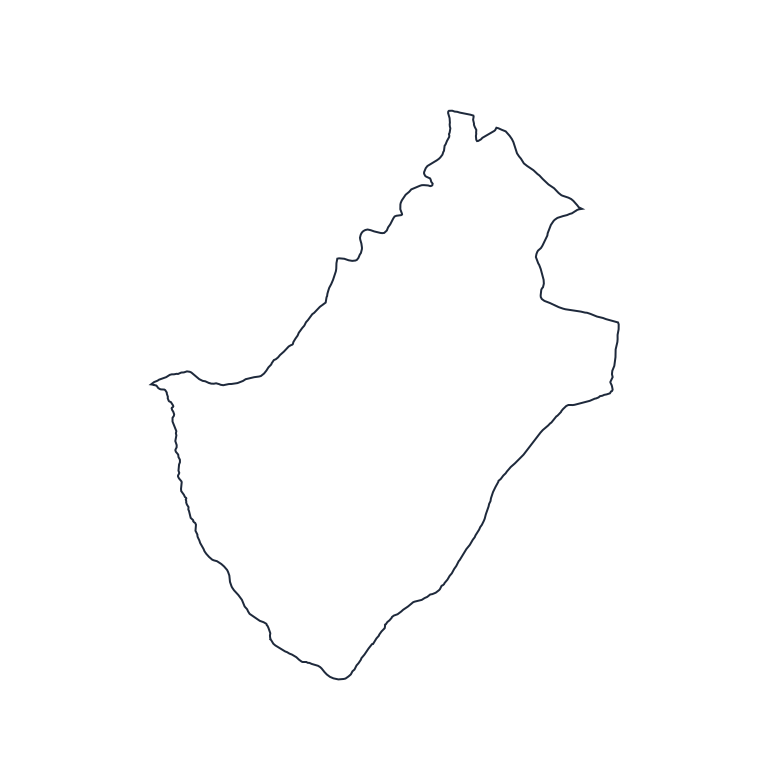 Dige, Gash Barka, Eritrea, rotated 304°
{"feature_id": "51966322B2269469169299", "entity_name": "Dige", "entity_type": "district", "adm_level": 2, "iso_a3": "ERI", "parent_name": "Eritrea", "parent_adm1": "Gash Barka", "projection": "orthographic", "projection_center": [37.574, 15.721], "detail": "fine", "context": "isolated", "style": "outline", "palette": "slate", "viewbox_px": 768, "rotation_deg": 304, "n_neighbors": 0, "source": "geoboundaries", "source_scale": "gbopen_adm2", "svg_char_len": 6166}
<svg xmlns="http://www.w3.org/2000/svg" viewBox="0 0 768 768"><g transform="rotate(304 384 384)"><path d="M639.9,450.2L639.4,446.7L640.2,444.4L641.7,438.6L642.0,435.8L641.6,432.7L639.9,426.6L639.7,425.4L640.0,421.9L641.4,415.5L641.4,408.8L642.7,401.0L643.8,396.2L643.9,393.9L644.8,388.3L644.8,380.7L645.1,376.6L647.4,371.5L648.2,368.7L649.6,365.3L656.9,356.0L658.6,353.0L660.0,349.4L661.5,343.6L660.6,339.5L660.0,335.9L659.3,333.9L656.6,334.2L655.5,333.9L643.1,327.9L641.1,327.6L638.2,326.2L637.4,325.3L638.1,323.9L641.0,321.5L643.0,320.6L643.6,320.0L646.3,318.4L647.8,315.6L649.2,313.6L650.1,313.1L652.9,310.1L655.8,308.8L656.5,308.0L655.6,305.1L651.4,295.1L650.6,292.5L649.4,290.3L648.7,287.7L646.8,285.1L645.9,284.9L644.5,285.6L641.1,289.7L637.5,292.5L635.9,293.3L634.3,294.6L633.1,296.0L629.0,297.9L627.5,298.1L626.4,299.3L625.2,299.9L620.7,300.3L616.9,301.1L615.5,301.0L610.9,303.3L609.6,303.4L606.8,304.2L603.4,304.0L601.4,303.6L599.2,302.8L589.0,298.1L586.3,297.9L582.0,298.8L580.8,299.6L579.6,301.7L579.5,303.0L580.2,307.3L579.3,308.7L578.1,310.0L577.3,312.3L575.8,312.9L574.9,312.6L573.9,311.7L573.3,309.6L571.1,305.7L569.9,304.1L568.4,302.9L560.6,297.8L557.4,297.4L553.0,296.1L546.2,296.1L543.5,296.6L542.0,297.2L538.0,299.8L535.2,303.7L534.6,304.2L533.6,303.8L530.4,300.2L528.8,299.1L526.5,299.1L519.8,299.9L516.2,299.8L512.8,300.5L509.4,299.7L508.1,298.2L507.3,296.7L505.0,290.5L504.1,287.0L502.9,284.0L501.2,282.4L499.5,281.5L498.2,281.1L496.3,281.0L494.5,281.3L491.8,282.3L490.3,283.7L487.7,286.8L484.7,289.5L483.6,290.2L479.7,291.6L477.7,291.6L474.2,292.3L471.7,292.1L470.4,291.3L468.3,288.8L466.8,285.5L465.6,281.0L463.1,276.5L461.8,275.2L457.6,277.0L452.8,280.0L450.4,281.1L441.9,283.5L437.2,284.4L433.1,284.8L430.3,285.6L427.2,286.6L425.0,287.7L423.9,287.8L418.9,290.1L412.2,287.7L403.9,286.3L401.8,285.5L394.4,285.2L391.6,284.8L387.8,285.3L384.7,284.9L378.8,284.7L375.9,285.3L372.2,285.2L368.2,285.4L366.1,286.1L365.4,286.0L364.1,285.1L361.8,284.0L354.9,282.9L349.9,281.6L346.8,281.3L344.1,280.5L342.2,279.3L338.3,279.3L337.1,279.6L333.2,278.9L329.2,279.0L325.6,278.7L321.8,277.5L320.3,276.2L317.0,272.5L310.6,266.6L307.7,265.4L302.8,262.0L298.7,257.5L297.2,255.4L293.1,251.4L292.0,249.0L291.7,247.4L290.7,244.4L289.1,242.8L287.6,240.4L287.3,239.0L287.0,238.7L286.3,234.3L285.2,231.9L284.7,228.1L285.8,217.8L285.5,216.1L284.3,213.6L281.7,211.6L280.1,209.5L277.1,207.6L276.6,206.5L274.6,204.5L273.4,202.7L271.8,201.3L267.9,199.6L261.8,195.1L260.1,194.4L257.0,192.3L253.4,191.1L254.1,192.5L254.2,193.4L255.0,194.4L254.9,195.1L255.4,196.0L255.1,197.4L254.5,198.6L254.4,200.7L254.8,202.1L256.5,204.9L256.6,206.0L255.5,208.6L254.5,209.4L252.5,212.0L251.3,212.6L249.7,214.9L249.5,215.6L249.8,217.5L248.3,221.0L247.7,221.8L246.8,221.9L245.7,221.4L245.0,221.6L243.8,223.2L243.3,224.6L241.5,227.0L240.1,227.6L237.7,227.6L234.6,229.7L228.8,238.2L226.8,239.0L225.3,240.6L220.0,242.9L217.4,246.3L216.3,247.0L215.5,247.5L213.0,247.8L212.3,248.2L211.4,249.4L210.4,252.8L208.4,254.6L207.2,257.0L206.6,257.5L205.0,258.6L202.7,259.1L197.2,262.1L195.9,263.9L195.1,264.2L193.0,264.4L192.1,265.0L191.1,266.8L190.0,270.6L189.3,271.3L183.5,274.4L181.8,275.8L180.2,280.2L179.0,282.1L178.9,283.7L178.4,284.2L177.3,284.3L176.3,285.6L175.2,286.2L173.9,287.9L172.6,290.8L170.5,292.0L169.8,293.2L164.9,298.6L164.4,301.8L164.2,302.2L163.5,302.6L163.2,303.7L163.2,305.2L162.2,306.8L156.9,309.8L154.8,313.5L153.8,314.2L152.9,315.2L151.1,318.3L149.4,320.5L146.3,326.7L144.9,328.8L143.8,331.7L142.8,335.7L142.3,339.9L142.7,341.7L143.7,344.6L143.8,349.8L143.3,353.5L142.1,357.9L141.0,359.8L138.7,362.9L133.8,367.0L130.8,371.0L130.3,372.0L129.1,375.0L127.6,381.3L125.6,386.9L121.6,392.9L120.7,396.5L119.5,398.4L118.3,401.1L118.2,413.5L119.2,417.4L119.4,420.5L119.0,421.3L118.5,421.7L118.3,422.8L117.1,424.7L113.8,429.1L111.7,430.1L110.1,431.4L109.5,432.2L108.8,432.3L108.6,433.6L106.8,437.5L106.5,440.1L107.0,451.6L107.5,453.7L107.6,456.3L108.2,458.9L108.5,464.1L107.9,467.8L107.8,471.1L108.0,471.9L110.1,475.1L110.2,476.6L111.1,478.2L111.5,480.6L113.5,486.9L113.6,489.4L113.3,491.3L111.9,495.8L111.2,499.0L111.0,502.9L111.7,506.7L113.6,511.4L116.9,515.5L118.3,516.8L121.7,518.1L124.7,518.9L128.2,518.5L130.8,519.2L135.3,518.6L138.3,519.0L142.5,519.0L144.0,518.6L148.7,519.1L156.1,519.1L161.4,519.5L162.0,519.7L162.4,520.3L168.8,520.0L172.6,520.5L173.4,520.2L177.4,520.3L182.0,521.1L184.2,520.1L184.8,519.5L185.4,519.5L186.0,519.9L188.5,519.9L191.1,520.7L194.4,521.1L195.3,520.9L197.6,521.7L200.7,524.0L205.0,525.5L207.5,526.1L212.9,528.3L219.4,530.2L220.7,531.1L226.1,536.0L229.3,537.4L231.7,538.9L235.3,540.0L236.9,541.6L239.9,543.6L243.8,544.9L245.1,545.1L248.9,544.6L250.3,545.4L251.7,545.7L252.8,545.5L257.3,546.0L261.7,545.7L264.9,546.1L269.9,545.6L273.5,545.7L279.0,545.0L280.3,545.2L293.3,544.6L298.6,545.1L304.6,544.7L307.7,544.9L309.6,544.5L316.5,544.3L319.2,543.8L321.9,543.9L326.3,543.3L328.7,542.8L332.9,541.3L340.9,539.2L343.4,538.2L346.4,537.8L349.0,536.6L355.4,534.8L361.0,534.0L366.6,533.5L367.8,533.1L370.5,533.9L374.8,534.1L378.0,534.8L380.1,534.8L386.1,535.5L391.4,536.9L403.4,539.2L431.1,540.9L434.7,541.4L441.4,543.3L444.4,543.8L445.5,544.3L453.6,545.0L454.6,545.5L459.9,546.4L460.5,546.2L463.1,546.4L467.7,547.4L469.7,548.6L472.2,552.4L473.4,553.7L485.1,564.0L489.8,567.0L490.5,567.8L492.9,569.4L494.6,569.8L496.4,571.6L498.1,572.6L499.9,574.4L502.6,576.5L504.8,576.4L505.5,576.9L506.3,576.9L507.3,576.6L509.5,574.4L510.4,573.3L511.8,570.9L512.3,570.5L517.6,569.7L519.6,567.5L522.6,565.9L527.8,564.8L535.7,560.9L542.2,556.7L549.3,554.0L551.8,552.6L555.3,550.2L560.6,547.9L564.7,545.2L565.9,543.6L561.9,531.7L561.2,528.7L559.0,522.8L557.6,516.1L556.6,512.5L555.6,510.7L554.1,506.7L547.4,492.6L546.6,490.3L545.4,485.8L543.9,476.2L542.6,470.5L542.7,467.3L543.8,465.3L545.1,464.3L550.1,461.7L551.6,461.5L553.1,461.7L556.6,460.4L559.6,458.1L567.0,449.6L569.6,445.9L570.2,444.5L574.2,438.9L577.0,437.7L579.2,437.2L580.7,437.1L584.5,438.1L587.3,438.0L598.4,436.4L600.5,435.4L609.2,433.4L614.0,433.4L615.6,433.7L618.7,434.9L623.4,438.6L626.4,441.3L628.9,442.9L630.5,444.3L636.3,446.8L637.8,447.9L639.9,450.2Z" fill="none" stroke="#1e293b" stroke-width="2"/></g></svg>